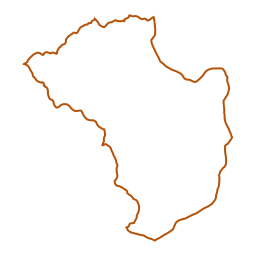 the district of San Miguel, Santander, Colombia
{"feature_id": "7082276B16360663879170", "entity_name": "San Miguel", "entity_type": "district", "adm_level": 2, "iso_a3": "COL", "parent_name": "Colombia", "parent_adm1": "Santander", "projection": "albers", "projection_center": [-72.659, 6.563], "detail": "fine", "context": "isolated", "style": "outline", "palette": "amber", "viewbox_px": 256, "rotation_deg": 0, "n_neighbors": 0, "source": "geoboundaries", "source_scale": "gbopen_adm2", "svg_char_len": 5667}
<svg xmlns="http://www.w3.org/2000/svg" viewBox="0 0 256 256"><path d="M154.7,240.6L157.1,239.0L159.4,238.0L165.1,234.4L168.1,232.8L172.0,230.1L173.2,229.0L173.5,228.0L175.6,223.2L177.0,221.6L179.1,220.3L181.2,219.6L182.4,219.2L185.4,218.5L187.8,217.2L192.6,214.8L195.5,213.7L197.7,212.5L201.4,210.0L204.2,208.2L207.3,206.8L210.3,205.1L212.2,203.5L214.4,200.9L215.7,198.5L216.4,194.3L217.2,191.6L217.4,189.6L218.7,186.7L219.0,184.5L219.4,180.0L219.4,178.0L219.4,177.2L219.1,176.0L219.2,175.1L220.2,171.6L223.0,168.0L224.3,167.0L225.4,165.4L226.0,163.9L226.1,160.3L226.0,157.4L225.1,152.1L225.0,146.5L225.2,145.8L226.4,144.5L227.9,143.7L231.3,138.9L232.1,137.2L231.7,136.7L230.2,132.3L229.0,129.8L228.6,128.6L227.5,126.6L225.6,122.6L225.0,120.3L224.6,118.2L224.6,115.3L224.5,114.5L224.3,113.7L224.2,112.8L224.2,111.8L224.4,110.6L224.2,108.8L223.9,106.6L223.5,100.9L226.8,95.8L227.8,93.9L229.2,88.4L228.5,85.0L227.3,81.5L227.1,80.0L227.4,78.3L227.3,76.6L226.2,75.5L225.7,74.8L225.6,73.9L225.2,72.4L224.3,70.9L223.4,69.6L222.5,68.8L221.6,68.5L219.8,68.4L212.6,68.5L210.6,68.9L208.4,69.7L206.5,70.8L204.3,73.3L203.4,74.9L201.9,76.6L200.0,78.5L197.2,81.0L195.7,81.9L194.1,81.9L192.4,81.2L190.7,80.3L189.2,79.7L186.2,79.5L184.6,78.6L183.7,77.4L182.7,75.7L181.4,74.2L180.1,73.3L178.1,72.2L175.3,70.9L172.6,70.0L170.3,68.9L165.5,66.0L164.0,64.4L160.5,61.6L159.7,60.5L159.1,58.7L158.4,57.1L157.4,55.5L155.1,50.9L152.8,46.0L152.0,44.1L151.5,42.0L151.3,40.2L151.7,39.5L154.3,36.1L155.1,34.5L155.1,32.3L155.3,30.4L155.1,28.0L154.5,22.0L154.0,18.7L153.6,17.1L152.5,17.6L150.3,19.3L148.1,20.5L147.3,20.5L146.8,20.1L145.8,18.9L145.1,18.6L144.2,18.7L143.3,19.0L142.2,19.1L140.9,18.8L140.2,18.5L139.5,18.0L139.2,17.5L138.5,17.1L136.9,16.4L136.0,16.1L134.9,16.0L133.2,16.4L132.5,16.3L131.5,16.0L130.8,15.6L129.9,15.4L129.4,15.4L129.2,15.6L128.9,16.6L128.5,17.4L126.7,18.4L125.9,18.6L125.3,18.9L124.6,19.5L124.5,20.3L124.5,21.0L124.3,21.2L123.5,20.8L123.0,20.6L122.0,21.1L121.3,21.2L117.5,21.1L116.9,20.9L116.3,20.3L115.8,20.2L115.3,20.3L112.6,21.7L111.5,22.2L110.5,22.4L109.2,22.6L108.6,22.8L106.9,24.3L105.7,25.9L104.6,26.9L103.7,27.1L101.8,26.4L100.8,25.8L99.8,25.2L99.0,24.2L97.7,21.9L97.2,21.2L94.7,18.8L94.6,19.2L94.3,19.7L93.7,20.2L92.2,20.9L91.7,21.5L91.4,21.9L91.3,22.6L91.0,22.9L90.6,23.2L88.9,23.0L88.4,23.2L88.1,23.6L88.0,24.0L87.6,24.4L86.7,24.6L85.3,24.7L84.7,24.9L84.3,25.2L83.7,25.9L81.7,26.6L80.9,27.1L80.0,28.0L79.1,29.5L78.6,30.2L78.1,31.5L77.8,31.9L77.1,32.8L76.6,33.1L75.9,33.1L74.5,32.7L73.6,32.6L73.3,32.8L72.5,33.6L71.4,34.2L70.5,34.9L68.4,36.4L67.3,37.6L66.0,39.8L65.9,40.5L65.9,41.7L65.5,42.9L64.9,43.7L64.2,44.2L63.3,44.5L62.5,44.7L62.0,45.0L61.0,46.1L60.8,46.6L60.4,46.9L59.0,48.0L58.7,48.4L58.3,49.2L57.6,50.3L57.3,51.1L57.0,53.1L56.7,53.7L56.3,53.8L55.6,53.5L55.0,53.1L53.4,52.7L52.4,52.6L51.7,52.7L50.8,53.2L50.2,53.3L47.1,52.2L46.5,52.2L45.9,52.3L45.0,52.7L44.5,53.0L43.9,53.6L43.4,54.7L43.3,54.9L43.1,54.9L42.6,54.8L41.9,54.5L41.3,54.1L39.9,53.2L39.0,52.8L38.1,52.7L37.3,52.7L36.6,53.0L33.7,54.4L32.2,55.7L30.5,57.3L29.5,58.3L28.8,59.2L27.9,60.1L27.7,60.4L27.6,61.4L27.3,62.0L26.5,62.7L25.5,63.1L24.8,63.5L24.2,63.7L24.0,63.8L23.9,64.0L24.8,64.2L26.5,65.0L27.2,65.3L28.3,66.3L29.2,67.7L30.0,69.4L30.4,69.9L31.0,71.1L32.6,73.7L32.7,74.5L32.8,75.6L33.1,76.3L33.7,76.9L34.4,77.4L34.7,77.8L35.5,78.8L35.6,79.2L36.6,80.4L37.2,80.9L37.8,81.3L39.3,82.1L40.6,82.5L41.0,82.5L42.1,82.5L42.4,82.2L42.5,82.2L42.9,82.4L43.1,82.6L44.1,84.3L44.6,85.3L44.6,85.7L44.2,85.8L44.9,86.6L45.9,87.1L46.6,87.5L47.4,88.6L47.8,89.8L47.9,90.8L47.9,93.7L48.2,95.0L48.4,95.8L49.3,98.0L49.7,98.6L50.1,99.1L50.7,99.4L51.8,99.8L52.7,100.4L53.0,100.8L53.5,102.1L53.6,102.7L54.0,104.2L54.5,105.3L55.3,106.5L55.8,107.1L56.3,107.4L57.1,107.6L58.0,107.3L58.6,107.0L60.6,105.3L62.4,104.4L63.4,104.2L64.2,104.1L65.2,104.1L66.0,104.2L66.8,104.3L67.7,104.8L69.1,105.7L69.6,106.3L70.0,106.9L70.7,107.7L72.3,109.4L74.1,110.5L75.0,110.9L75.9,111.1L80.0,110.5L80.6,110.6L81.1,110.7L81.7,111.5L82.1,112.1L82.7,113.3L83.1,114.5L84.8,117.1L85.5,118.0L86.4,118.7L87.3,119.4L88.3,119.8L89.5,120.1L90.7,120.3L93.4,120.3L94.4,120.7L95.7,121.7L96.1,122.3L97.3,124.7L98.3,126.1L98.7,126.5L99.4,127.0L101.0,128.0L102.2,128.7L103.0,129.1L103.8,129.4L104.2,129.4L104.5,130.4L104.8,132.3L104.8,133.0L105.0,133.7L105.0,135.5L104.1,137.5L103.8,138.7L103.8,139.7L104.0,140.6L103.9,141.4L103.3,142.5L103.0,143.4L102.6,144.4L102.4,145.1L102.6,145.3L103.0,145.3L104.3,144.5L105.1,144.2L105.6,144.2L106.3,144.4L109.7,146.7L110.7,148.1L110.9,148.4L111.4,150.3L113.0,153.3L113.4,154.8L113.8,155.7L114.2,156.4L115.1,158.3L115.9,159.9L116.1,160.6L116.2,161.5L116.6,163.2L117.2,164.3L117.4,165.1L117.4,166.0L116.8,167.9L116.7,168.6L116.6,171.0L116.9,173.1L117.4,174.7L117.4,176.2L117.3,176.8L116.3,178.8L115.5,179.9L115.2,180.5L114.8,180.8L114.7,181.1L114.7,182.0L114.8,182.8L115.1,183.5L115.9,185.0L116.5,185.4L117.0,185.7L117.8,185.8L119.7,186.4L121.7,187.3L123.2,188.3L125.0,189.4L125.6,189.9L126.5,190.5L127.1,191.1L127.2,191.9L127.2,192.6L127.3,193.1L128.8,194.4L131.2,195.9L133.4,198.7L133.8,199.1L134.9,199.5L136.2,200.1L136.6,200.5L137.3,201.4L138.3,203.7L138.7,204.9L139.1,207.1L139.1,208.5L139.0,209.7L138.3,212.5L138.0,213.3L137.1,214.7L136.8,215.4L136.7,215.8L136.8,217.0L136.4,218.3L136.0,219.1L134.6,221.4L134.1,222.8L133.8,223.0L131.5,223.3L130.0,223.6L129.4,224.5L128.7,226.2L128.3,226.8L127.5,227.1L126.4,227.3L126.4,227.5L126.8,227.9L127.6,229.7L127.9,230.2L128.3,230.7L129.5,231.6L130.6,232.1L131.6,232.6L135.1,233.5L141.3,235.1L142.3,235.1L143.6,235.4L144.1,235.7L145.5,236.6L148.0,238.0L150.6,238.7L153.0,239.6L154.1,240.2L154.4,240.4L154.7,240.6Z" fill="none" stroke="#b45309" stroke-width="2"/></svg>